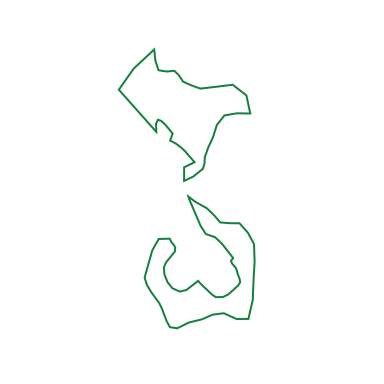 Lankaran, Natural Earth projection, rotated 140°
{"feature_id": "AZE-1707", "entity_name": "Lankaran", "entity_type": "District", "adm_level": 1, "iso_a3": "AZE", "parent_name": "Azerbaijan", "parent_adm1": "", "projection": "natural_earth1", "projection_center": [48.931, 38.926], "detail": "fine", "context": "isolated", "style": "outline", "palette": "green", "viewbox_px": 384, "rotation_deg": 140, "n_neighbors": 0, "source": "natural_earth", "source_scale": "10m", "svg_char_len": 1371}
<svg xmlns="http://www.w3.org/2000/svg" viewBox="0 0 384 384"><g transform="rotate(140 192 192)"><path d="M190.9,205.6L182.1,216.0L170.9,213.2L171.1,227.0L171.8,233.3L173.2,239.4L175.7,245.4L169.2,249.3L169.2,255.1L169.2,261.3L170.0,266.5L171.6,269.2L175.7,267.4L180.7,261.0L182.3,317.4L157.3,324.0L129.3,325.5L135.6,316.2L139.4,306.8L134.0,300.6L127.6,296.2L127.0,289.6L127.9,282.4L123.9,274.0L119.1,265.8L105.6,256.9L91.9,248.0L88.2,231.1L96.9,214.7L107.0,223.4L117.9,229.8L129.8,227.4L141.0,220.3L150.9,215.7L160.0,210.3L164.1,205.7L168.8,202.8L181.0,203.0L190.9,205.6ZM295.8,102.6L294.4,109.5L290.0,122.0L288.5,128.0L287.6,141.7L286.2,150.0L283.3,156.9L260.0,172.8L247.7,177.4L239.1,170.6L240.1,166.0L240.0,162.9L240.5,160.3L243.4,157.4L257.3,154.7L262.1,152.3L266.2,146.4L268.7,138.6L268.9,130.9L265.4,123.6L259.2,120.5L244.4,120.0L244.4,116.6L242.6,100.7L241.4,96.2L235.9,91.7L230.0,90.2L216.8,90.7L213.1,91.9L211.3,95.0L210.0,99.0L207.5,104.6L207.2,106.5L207.3,110.8L206.7,113.8L205.2,114.6L203.7,114.6L202.9,115.0L202.3,133.1L203.4,142.6L208.4,150.9L207.2,160.4L198.8,188.2L197.7,190.8L195.8,182.5L191.1,170.0L190.0,159.6L190.0,150.6L183.0,143.7L175.7,137.5L175.4,124.7L178.0,112.2L188.8,98.4L200.9,85.6L214.9,70.2L230.4,58.5L239.5,66.1L245.6,78.7L255.2,84.9L266.1,88.0L278.2,94.0L290.9,97.1L295.8,102.6Z" fill="none" stroke="#15803d" stroke-width="2"/></g></svg>